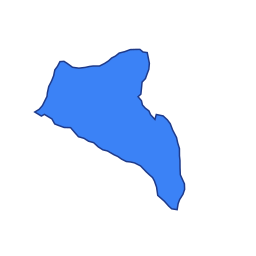 outline of Dolcinópolis, São Paulo, Brazil, rotated 141°
{"feature_id": "56859067B60729882728562", "entity_name": "Dolcinópolis", "entity_type": "district", "adm_level": 2, "iso_a3": "BRA", "parent_name": "Brazil", "parent_adm1": "São Paulo", "projection": "robinson", "projection_center": [-50.529, -20.106], "detail": "fine", "context": "isolated", "style": "filled", "palette": "blue", "viewbox_px": 256, "rotation_deg": 141, "n_neighbors": 0, "source": "geoboundaries", "source_scale": "gbopen_adm2", "svg_char_len": 1262}
<svg xmlns="http://www.w3.org/2000/svg" viewBox="0 0 256 256"><g transform="rotate(141 128 128)"><path d="M187.8,191.8L184.4,191.2L181.4,182.9L182.4,177.3L180.5,173.9L177.3,168.6L172.4,164.4L172.2,157.9L172.0,152.4L168.7,147.7L167.0,142.6L163.9,138.2L163.0,132.0L161.3,126.9L158.4,123.1L155.7,116.0L153.8,112.2L152.6,107.9L150.4,103.0L147.5,100.1L144.9,96.8L142.1,90.7L141.4,82.3L140.8,78.1L140.1,74.0L140.8,70.2L143.0,64.1L147.3,56.9L145.8,48.2L145.5,41.7L144.9,37.7L141.2,33.6L136.6,37.7L132.9,39.9L127.0,41.9L122.6,44.7L119.3,49.1L116.8,58.7L112.8,64.1L110.5,67.0L108.1,70.0L105.5,74.0L101.0,79.6L98.7,85.3L96.3,90.0L94.6,98.3L92.5,104.7L92.3,109.6L93.1,115.3L97.5,120.7L101.7,117.7L102.1,124.1L101.0,128.1L102.1,132.6L102.3,136.8L100.4,140.7L100.5,146.0L96.7,146.2L92.8,150.1L88.2,154.8L83.4,155.4L79.3,157.9L74.9,160.5L70.7,164.8L65.6,174.5L68.5,177.6L69.3,181.6L72.3,184.0L76.9,187.5L82.5,189.4L87.7,191.8L92.5,191.8L96.7,192.7L100.8,192.4L105.6,192.9L111.1,194.1L115.9,198.0L119.3,200.1L123.1,202.0L128.5,205.4L132.9,210.1L134.6,216.5L135.8,220.1L139.1,222.4L144.0,220.3L148.3,219.2L152.9,215.4L157.7,212.7L163.5,210.1L168.5,206.1L171.1,203.5L180.3,199.3L185.2,198.4L190.4,199.1L187.8,191.8Z" fill="#3b82f6" stroke="#1e3a8a" stroke-width="1.5"/></g></svg>